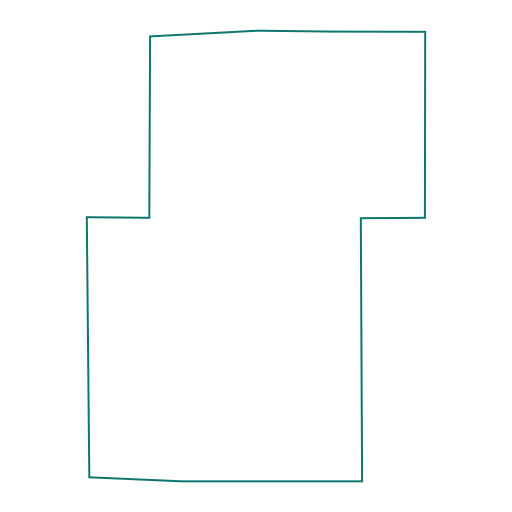 Kanabec, Minnesota, United States of America
{"feature_id": "52423323B26487213878868", "entity_name": "Kanabec", "entity_type": "district", "adm_level": 2, "iso_a3": "USA", "parent_name": "United States of America", "parent_adm1": "Minnesota", "projection": "orthographic", "projection_center": [-93.298, 45.945], "detail": "fine", "context": "isolated", "style": "outline", "palette": "teal", "viewbox_px": 512, "rotation_deg": 0, "n_neighbors": 0, "source": "geoboundaries", "source_scale": "gbopen_adm2", "svg_char_len": 264}
<svg xmlns="http://www.w3.org/2000/svg" viewBox="0 0 512 512"><path d="M150.1,36.4L149.3,217.8L86.8,217.2L89.3,477.3L180.8,481.3L362.1,481.3L360.8,218.2L424.9,217.8L425.2,31.8L334.1,31.6L257.3,30.7L150.1,36.4Z" fill="none" stroke="#0f766e" stroke-width="2"/></svg>